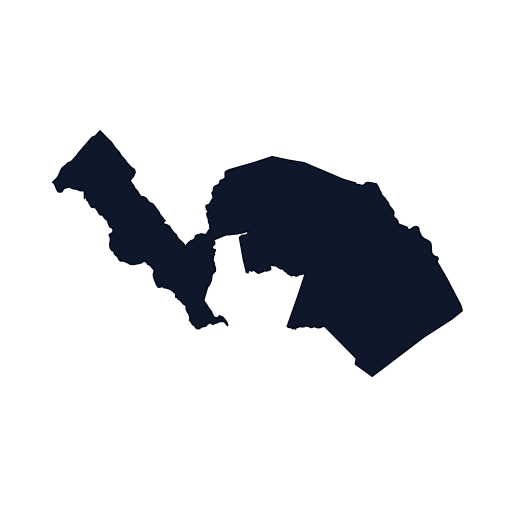 Morada Nova, Ceará, Brazil (Robinson projection), rotated 279°
{"feature_id": "56859067B80919104453248", "entity_name": "Morada Nova", "entity_type": "district", "adm_level": 2, "iso_a3": "BRA", "parent_name": "Brazil", "parent_adm1": "Ceará", "projection": "robinson", "projection_center": [-38.436, -4.973], "detail": "fine", "context": "isolated", "style": "filled", "palette": "ink", "viewbox_px": 512, "rotation_deg": 279, "n_neighbors": 0, "source": "geoboundaries", "source_scale": "gbopen_adm2", "svg_char_len": 6101}
<svg xmlns="http://www.w3.org/2000/svg" viewBox="0 0 512 512"><g transform="rotate(279 256 256)"><path d="M283.5,432.8L284.6,430.8L285.9,429.4L287.8,428.6L289.3,428.1L292.6,427.6L295.5,426.8L296.9,425.7L297.8,424.1L299.1,420.2L299.7,418.7L301.5,416.0L303.3,415.1L304.4,414.2L305.8,413.4L307.1,412.8L308.5,412.5L309.6,411.5L310.1,410.1L309.9,408.6L308.8,406.7L307.5,405.6L306.1,404.0L306.0,402.3L306.8,401.3L307.9,400.8L308.8,396.8L309.2,395.3L309.3,394.0L309.6,392.6L310.5,391.3L312.6,390.6L313.7,389.4L314.7,388.6L315.2,386.7L317.4,385.5L320.8,385.3L322.1,384.5L324.3,382.4L325.4,380.8L327.2,379.2L328.5,378.7L330.3,377.2L331.6,375.5L332.8,374.8L333.6,373.8L334.4,372.4L335.4,371.4L336.2,370.3L337.5,369.8L338.9,369.0L339.9,367.9L341.7,367.0L346.0,363.6L346.3,356.9L346.0,354.5L345.3,353.0L344.2,352.5L343.1,351.5L342.1,350.0L342.6,346.3L342.1,344.7L342.9,343.5L343.9,342.3L343.9,340.4L345.3,330.1L355.6,288.8L355.7,272.8L356.6,256.4L348.6,240.9L336.9,216.0L335.7,214.2L334.6,212.9L333.3,212.5L331.2,212.9L328.8,213.4L327.7,213.0L326.3,211.3L325.0,209.0L321.3,208.4L320.0,207.0L319.2,205.5L318.0,204.1L316.7,203.5L314.6,203.7L312.9,203.5L311.3,202.6L310.0,203.5L308.3,204.1L306.1,204.8L304.5,203.5L302.2,202.9L299.1,201.4L298.5,199.3L297.2,198.8L294.7,199.7L293.4,201.0L292.6,202.1L290.4,200.8L288.7,201.2L287.3,201.7L286.2,202.6L284.5,203.4L282.6,203.7L281.4,204.3L280.2,205.3L279.0,205.5L276.7,206.2L275.2,206.2L274.0,205.4L269.7,203.5L269.0,202.1L269.3,199.5L269.1,197.8L268.0,196.1L267.6,194.7L266.4,193.1L264.7,193.0L262.8,192.4L261.6,190.8L260.8,189.3L259.5,188.0L257.8,186.8L256.1,185.8L254.1,185.1L257.0,182.3L258.8,179.8L260.3,177.3L261.7,175.7L264.6,173.8L265.7,171.7L267.4,169.9L268.5,168.5L270.9,166.7L272.0,165.1L272.8,163.2L273.0,161.1L273.5,159.6L274.6,158.8L275.6,159.9L276.7,160.7L277.7,159.2L278.9,158.0L282.3,154.3L283.9,153.4L285.4,152.0L286.7,150.5L289.2,148.2L291.3,145.9L291.6,144.1L292.2,142.4L292.9,141.2L294.2,139.9L295.3,139.1L296.3,137.5L296.8,135.5L296.5,133.7L297.5,132.1L299.7,130.1L301.2,129.0L302.3,127.7L303.5,126.0L305.6,124.6L307.1,123.3L308.8,121.4L310.0,120.5L311.2,120.0L312.6,120.5L313.9,121.6L315.2,122.3L317.8,123.1L319.6,123.5L322.0,122.6L323.2,120.8L323.8,119.0L325.0,117.6L327.5,114.3L330.9,110.9L332.2,109.4L332.9,108.2L334.2,106.9L337.1,104.6L339.0,102.1L341.7,99.0L343.8,97.2L346.3,94.6L347.8,92.2L351.7,86.9L353.0,85.4L353.8,83.9L355.1,82.5L353.6,81.3L349.5,78.7L348.7,77.7L347.7,75.7L346.4,74.8L330.7,65.1L326.3,62.8L320.0,58.5L319.2,56.9L318.5,55.7L315.9,53.9L313.0,51.1L311.9,50.4L310.3,49.9L304.9,48.6L303.7,48.2L302.3,47.5L301.3,46.9L298.9,45.0L296.9,43.8L296.2,45.3L292.3,47.9L290.9,48.6L289.2,49.9L288.4,51.3L288.6,52.6L289.2,54.3L290.8,54.8L292.2,55.4L293.4,57.0L295.1,61.3L294.2,63.3L293.8,65.2L294.0,66.8L293.9,68.7L293.5,70.1L293.0,72.3L293.4,74.2L293.6,75.8L292.1,76.6L290.8,76.7L289.2,77.1L287.7,77.2L286.2,77.6L287.0,78.7L286.8,80.2L285.0,79.9L284.2,81.1L283.3,82.5L281.6,83.1L280.6,84.3L279.2,85.0L278.4,86.5L278.8,88.8L278.2,90.3L276.7,91.6L275.6,92.9L274.2,93.6L272.2,95.9L272.7,97.2L272.0,98.7L270.7,99.6L269.4,101.1L267.5,104.3L266.3,104.4L263.1,106.2L261.7,107.3L261.5,108.7L260.9,110.1L259.2,110.9L257.2,110.8L256.0,110.1L255.1,108.7L253.7,107.7L251.6,109.2L248.9,109.7L244.5,109.8L241.7,110.5L239.8,111.8L238.9,112.9L238.6,114.3L237.9,115.3L236.5,115.6L234.8,117.3L233.8,119.5L231.3,121.0L229.9,122.9L230.4,125.7L229.9,128.2L228.9,131.4L228.3,132.7L228.2,134.6L228.5,136.3L229.1,138.0L230.1,141.0L230.9,142.6L231.3,143.8L233.2,145.6L233.4,147.7L232.3,149.2L231.1,150.2L230.1,153.0L229.0,154.5L228.0,155.3L227.2,156.6L226.0,157.5L224.4,157.8L222.6,157.5L220.4,157.8L218.2,158.7L216.2,159.8L214.6,160.7L213.5,161.5L212.4,162.0L211.2,163.1L209.9,164.5L210.4,166.4L211.3,167.7L211.0,168.9L210.2,170.2L210.5,171.9L209.7,176.5L208.8,178.5L207.1,181.2L205.9,182.7L202.8,183.2L202.7,185.1L201.2,186.0L200.8,187.8L199.3,189.3L198.6,190.5L197.5,191.4L196.8,193.1L195.8,194.9L194.4,195.2L193.1,195.2L190.1,196.9L187.9,199.0L186.2,199.8L184.9,200.5L182.1,200.5L181.3,201.5L180.4,202.5L179.2,203.3L178.2,204.6L177.6,206.4L175.8,207.6L174.9,209.5L175.3,211.2L177.5,213.5L178.2,215.3L178.9,217.4L180.5,218.2L183.1,220.9L181.8,223.9L183.5,227.2L185.0,229.3L185.8,230.9L185.8,232.4L186.3,233.9L186.0,235.3L183.9,237.5L182.5,239.1L185.7,237.7L187.7,235.9L190.3,232.9L191.2,229.2L189.8,228.6L188.8,227.6L188.9,224.3L190.4,222.9L193.6,220.9L195.0,219.8L195.8,218.7L198.8,215.9L200.5,214.6L203.2,211.9L204.3,211.3L217.8,213.0L219.5,214.1L221.1,214.7L223.2,215.2L224.7,215.7L226.6,215.6L228.2,215.6L229.9,215.3L231.5,216.0L233.1,216.9L234.4,218.1L236.4,218.0L238.4,217.5L240.0,216.4L241.4,216.2L242.6,215.8L243.6,215.0L244.6,214.2L247.5,214.2L249.5,213.9L251.0,214.8L252.1,214.2L253.4,214.2L254.6,214.9L255.9,214.6L256.0,213.1L256.5,211.4L258.3,211.6L259.6,211.9L261.1,213.3L263.1,213.0L264.3,212.2L265.4,211.8L272.0,222.6L272.7,224.4L272.9,226.5L274.2,230.7L274.5,232.6L275.0,234.1L275.8,235.7L276.3,237.7L276.9,239.3L277.8,241.2L279.1,243.3L279.1,244.7L276.8,244.2L275.5,243.4L274.7,241.7L274.5,240.4L274.0,238.8L272.7,237.6L271.7,236.8L268.7,237.8L250.3,244.2L238.3,249.1L238.3,250.7L242.1,251.4L240.3,253.7L241.8,256.0L239.3,260.8L239.8,262.1L241.7,265.3L242.7,266.6L243.0,269.0L243.6,270.5L245.0,272.4L246.4,272.4L247.6,271.0L249.1,272.1L249.4,273.9L249.3,275.6L249.4,277.5L248.6,279.2L247.8,280.7L247.2,282.6L247.7,284.2L246.7,285.6L245.6,286.8L244.6,289.0L243.3,290.5L242.9,292.5L242.1,293.5L242.4,294.9L243.1,295.9L243.1,297.4L242.4,298.5L242.9,300.0L243.9,300.9L244.7,302.6L245.0,304.3L246.1,306.0L246.4,307.5L225.3,304.1L191.4,297.9L190.6,299.3L190.8,300.6L190.5,302.6L189.9,304.1L191.1,305.0L190.1,306.5L191.9,307.0L192.2,308.8L193.4,309.6L193.1,311.4L193.5,313.2L193.6,314.5L194.8,315.7L194.6,317.2L194.7,319.3L193.9,321.4L194.8,323.4L195.5,324.6L194.8,328.1L195.4,330.8L197.3,333.5L196.9,335.4L170.6,371.1L164.8,371.1L155.4,389.6L202.0,434.2L224.4,459.2L234.2,468.2L239.2,466.0L264.1,447.5L275.9,437.9L276.8,437.0L278.3,435.9L279.5,435.7L281.4,436.4L283.2,435.6L283.5,432.8Z" fill="#0f172a" stroke="#020617" stroke-width="1.5"/></g></svg>